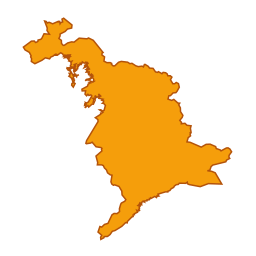 the district of Huancane, Puno, Peru, rotated 89°
{"feature_id": "86281439B8131486322955", "entity_name": "Huancane", "entity_type": "district", "adm_level": 2, "iso_a3": "PER", "parent_name": "Peru", "parent_adm1": "Puno", "projection": "natural_earth1", "projection_center": [-69.717, -15.15], "detail": "fine", "context": "isolated", "style": "filled", "palette": "amber", "viewbox_px": 256, "rotation_deg": 89, "n_neighbors": 0, "source": "geoboundaries", "source_scale": "gbopen_adm2", "svg_char_len": 5757}
<svg xmlns="http://www.w3.org/2000/svg" viewBox="0 0 256 256"><g transform="rotate(89 128 128)"><path d="M17.1,190.4L18.0,192.1L20.8,191.5L21.4,193.3L22.6,194.1L20.2,194.5L20.7,195.9L20.2,196.0L22.5,201.5L20.9,205.1L21.6,206.7L20.0,208.0L19.6,209.5L26.6,207.0L29.1,207.3L32.9,204.9L32.3,210.3L36.8,212.6L37.8,213.6L38.5,216.4L39.7,216.5L40.6,217.9L40.9,218.9L39.4,220.2L39.5,223.1L45.3,231.2L48.1,229.6L50.7,225.3L54.2,223.6L55.2,224.1L57.0,223.2L59.8,223.5L62.1,220.0L58.8,212.9L56.4,209.4L57.5,205.2L55.6,203.8L54.9,201.8L53.3,199.8L52.9,198.8L53.5,198.7L53.5,197.7L54.0,198.3L54.0,197.4L51.6,194.0L52.7,192.1L55.1,190.8L53.9,189.8L54.7,188.6L54.0,187.7L53.9,184.4L54.6,184.7L54.5,185.5L55.2,188.1L54.9,185.8L55.5,184.8L55.7,186.0L56.1,185.7L56.2,187.3L55.5,187.1L55.7,188.4L54.9,188.9L55.6,190.6L55.8,189.2L56.5,189.8L56.0,188.0L56.6,188.3L56.7,187.1L58.2,187.0L56.7,186.7L56.6,185.8L57.4,185.7L58.0,186.6L59.3,185.6L59.9,186.1L60.7,184.2L60.3,183.0L62.0,184.0L63.4,183.5L64.3,184.5L66.8,184.1L66.5,185.4L66.8,186.4L67.2,186.1L66.7,187.7L67.4,187.6L67.4,188.7L67.8,187.1L68.8,187.2L70.4,184.5L72.2,184.2L72.3,185.9L73.9,185.0L75.2,186.2L76.5,184.2L78.8,182.9L82.1,182.1L82.5,183.3L84.2,183.6L86.2,182.0L82.6,180.1L81.5,181.6L79.2,180.7L78.1,182.1L77.6,180.7L77.5,182.3L75.2,181.3L75.2,180.6L74.3,180.9L73.6,180.1L75.8,178.5L75.0,178.3L73.9,176.2L74.5,178.0L75.3,178.7L73.4,179.3L72.9,180.4L74.1,182.2L68.6,185.2L68.0,185.3L68.0,184.7L67.8,186.0L67.3,184.6L67.7,183.9L67.3,183.2L67.3,184.4L65.9,183.0L66.5,181.8L67.1,182.2L67.3,181.8L66.2,181.4L65.8,180.2L63.7,180.8L63.1,179.0L64.9,180.2L65.1,179.4L66.2,179.9L65.5,179.4L65.9,179.2L66.6,180.1L66.6,181.1L68.0,181.1L67.2,180.5L69.1,179.5L70.1,180.3L69.5,180.4L70.1,181.4L71.2,180.8L69.5,178.8L68.6,179.0L69.6,177.9L68.4,178.8L67.9,177.3L65.6,177.1L66.0,176.9L64.7,175.9L64.5,176.6L63.8,176.5L63.7,173.7L62.8,173.2L62.8,174.5L62.5,174.7L62.0,172.4L61.2,172.4L62.4,170.6L62.1,169.3L60.8,168.9L63.8,168.7L64.6,170.2L65.2,169.8L66.9,170.8L66.5,169.9L65.8,169.9L66.2,169.6L61.9,167.5L62.6,166.8L63.8,168.0L64.7,167.6L65.9,168.5L66.0,167.2L67.1,167.7L66.9,166.6L68.4,165.5L69.0,166.4L68.3,167.1L69.2,167.7L68.6,167.7L68.9,168.8L69.5,167.7L71.4,168.8L71.1,165.9L72.1,165.9L71.5,166.5L72.0,166.9L74.0,166.4L74.7,164.5L73.4,163.7L74.1,162.9L74.1,163.7L74.7,163.3L75.4,164.3L75.8,162.5L78.1,165.7L78.7,168.8L80.0,169.9L79.2,168.3L79.5,166.2L77.2,163.3L77.5,162.0L78.9,161.4L80.6,161.8L80.7,161.2L81.5,162.4L80.4,164.8L81.5,164.6L81.7,166.0L82.2,165.3L82.3,166.4L82.5,165.4L83.5,167.1L85.5,167.8L88.4,173.4L90.1,173.2L90.1,169.7L93.4,170.4L95.1,168.8L93.6,167.5L94.8,166.5L94.2,164.6L95.3,163.6L101.3,167.2L102.3,169.0L101.8,170.1L103.2,169.6L103.0,170.7L104.5,171.0L104.1,170.0L105.3,169.7L107.1,170.8L104.8,167.7L106.4,166.9L103.5,163.5L103.6,162.2L100.8,160.9L101.4,162.3L98.5,161.6L97.7,162.6L97.6,161.3L99.0,160.4L97.1,159.8L95.7,160.5L95.4,159.9L96.8,158.6L96.3,157.5L95.0,156.1L93.4,156.9L95.6,154.7L96.6,156.3L97.8,156.7L98.8,152.5L99.8,153.7L100.5,151.9L102.0,152.1L102.8,153.1L103.0,151.9L105.0,150.2L109.9,151.6L110.6,153.1L109.3,154.9L109.4,156.1L111.8,152.8L112.7,154.0L112.6,155.1L113.8,155.1L117.1,160.5L119.0,158.0L121.0,157.8L139.8,169.6L142.6,170.4L143.0,169.9L142.4,165.6L141.6,164.1L146.2,160.3L147.1,155.3L147.9,154.4L148.9,154.9L150.5,154.5L155.5,160.5L162.0,158.9L164.3,159.3L164.4,154.9L165.2,153.3L167.5,152.3L169.5,150.3L172.5,149.2L174.5,146.6L174.9,144.8L181.5,146.0L183.7,145.2L185.0,143.6L184.6,142.3L186.3,138.0L191.0,135.3L194.8,135.1L199.5,131.4L201.2,132.5L202.9,135.9L204.0,136.6L208.6,138.0L211.4,137.9L213.4,140.4L213.2,143.4L214.5,145.5L223.0,149.7L224.0,153.2L226.6,156.0L226.0,157.8L231.5,159.8L234.8,156.1L236.8,157.3L238.9,157.1L237.3,154.0L236.1,153.7L236.1,150.4L234.2,147.8L231.0,145.5L230.3,142.8L226.2,135.9L222.6,132.1L222.8,130.4L221.5,130.3L217.1,125.8L216.6,124.4L215.1,124.5L214.8,123.1L213.9,123.3L212.4,120.0L210.6,120.6L211.3,119.5L210.7,118.0L209.6,118.8L209.0,117.9L207.6,118.2L206.4,117.3L205.7,119.4L205.1,118.7L205.0,115.9L203.9,116.8L204.0,117.9L203.0,117.4L204.1,115.7L202.5,115.6L201.8,114.3L202.2,113.2L201.4,113.8L201.1,110.3L199.6,110.4L200.3,110.0L200.1,108.0L198.9,107.8L199.1,107.1L198.3,106.6L198.8,106.2L196.9,102.4L198.0,100.7L196.8,100.3L196.6,98.7L196.0,99.6L195.5,98.6L194.6,99.1L192.5,91.6L192.6,89.3L192.0,89.3L191.2,87.2L189.5,85.9L188.2,83.4L186.8,82.6L185.5,80.7L185.3,78.7L184.1,77.7L184.3,71.3L183.2,69.7L184.8,69.5L185.6,67.9L187.9,56.8L185.0,48.6L185.7,35.2L174.3,41.6L172.8,45.0L172.1,49.4L171.6,46.9L168.0,45.6L166.5,43.8L163.5,30.8L161.8,30.0L160.2,26.8L158.9,27.6L157.1,27.4L153.6,24.8L150.8,26.5L149.6,28.3L149.7,30.0L152.5,35.4L151.5,36.2L150.1,40.1L148.1,40.7L145.6,46.2L145.7,50.2L148.4,55.1L143.4,66.1L142.9,69.3L138.7,68.0L136.9,65.6L135.2,66.1L134.4,65.4L133.7,65.8L133.4,65.0L129.5,65.6L126.9,64.9L126.3,69.0L124.3,71.0L124.7,74.6L123.3,74.4L121.3,76.1L118.3,73.6L116.3,72.9L112.6,75.2L108.7,75.3L105.7,76.9L104.1,75.9L103.9,77.7L100.2,81.7L101.2,83.8L99.8,87.5L96.5,86.6L96.4,85.0L93.7,82.3L93.5,79.5L92.1,78.3L88.1,76.0L84.5,76.8L83.3,79.0L84.5,80.5L84.5,82.4L80.5,84.7L77.9,83.2L76.5,84.8L76.5,87.3L74.7,87.8L73.4,89.4L73.0,91.9L74.3,93.1L72.2,96.6L72.9,97.5L72.4,99.5L68.8,101.9L68.5,105.4L66.7,106.7L64.7,109.8L64.8,110.5L67.2,111.5L66.4,112.9L66.8,116.7L65.9,119.2L63.4,122.9L63.7,125.0L62.2,127.2L61.3,133.6L62.1,136.3L65.6,140.1L65.7,141.7L64.1,143.4L63.1,143.2L62.3,144.6L62.3,148.0L60.7,150.9L56.5,150.2L54.5,152.8L52.6,152.6L52.1,151.6L39.7,161.2L37.3,165.9L38.1,167.5L37.3,175.3L41.2,180.4L40.9,182.9L41.9,186.8L44.3,190.4L44.2,191.4L42.3,193.0L39.2,193.1L37.3,195.5L34.8,194.3L32.9,194.3L30.4,189.2L28.0,186.8L27.1,182.6L24.0,182.2L17.1,190.4Z" fill="#f59e0b" stroke="#b45309" stroke-width="1.5"/></g></svg>